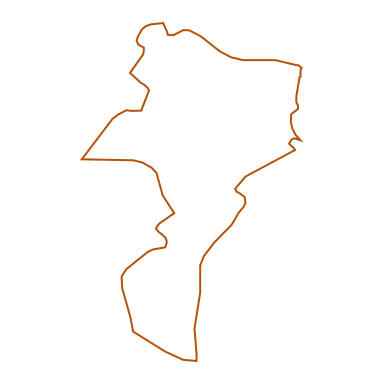 Grevenmacher, Natural Earth projection
{"feature_id": "LUX-907", "entity_name": "Grevenmacher", "entity_type": "District", "adm_level": 1, "iso_a3": "LUX", "parent_name": "Luxembourg", "parent_adm1": "", "projection": "natural_earth1", "projection_center": [6.348, 49.652], "detail": "fine", "context": "isolated", "style": "outline", "palette": "amber", "viewbox_px": 384, "rotation_deg": 0, "n_neighbors": 0, "source": "natural_earth", "source_scale": "10m", "svg_char_len": 1230}
<svg xmlns="http://www.w3.org/2000/svg" viewBox="0 0 384 384"><path d="M163.1,23.0L167.1,31.9L167.8,34.8L173.3,35.2L183.3,30.1L189.2,30.3L200.6,36.2L219.9,51.4L231.3,57.4L243.1,60.1L275.3,60.1L296.0,65.1L298.6,65.3L302.2,68.5L302.0,68.3L300.6,69.5L300.5,76.8L299.5,77.3L296.4,96.0L296.3,102.1L298.1,105.9L297.8,109.2L291.3,114.0L290.8,121.7L292.4,128.7L295.6,134.9L300.4,140.2L294.5,138.3L291.4,139.6L289.1,143.7L293.7,148.1L295.0,150.0L245.6,176.5L235.2,188.7L236.4,191.5L240.7,193.9L244.8,197.3L245.4,203.0L243.6,206.8L238.5,213.0L231.7,224.7L214.2,242.6L204.0,255.9L200.2,265.3L200.2,292.5L198.9,300.8L194.5,328.6L196.6,354.6L196.5,361.0L183.1,359.8L165.2,351.6L133.1,331.6L130.4,317.3L122.2,288.1L121.6,276.5L126.3,269.2L147.9,251.8L153.0,249.5L165.2,247.3L166.9,242.1L165.7,238.0L162.3,234.7L158.6,231.9L156.0,228.8L157.4,225.7L160.1,222.9L174.2,213.2L162.7,195.4L156.4,172.7L151.5,167.7L142.4,162.5L133.2,160.3L81.8,159.3L112.4,119.0L117.9,114.7L126.4,110.2L131.1,110.9L141.2,110.6L149.0,90.5L147.6,87.9L143.9,84.5L140.7,82.7L130.0,72.9L143.2,54.3L143.7,51.3L143.8,47.6L140.3,45.7L138.1,44.3L136.6,40.7L137.9,36.6L141.8,29.5L145.7,26.2L150.7,24.4L162.9,23.1L163.1,23.0Z" fill="none" stroke="#b45309" stroke-width="2"/></svg>